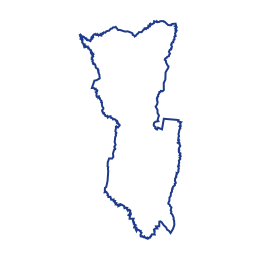 the district of Khlong Hat, Sa Kaeo, Thailand, rotated 4°
{"feature_id": "78962969B65728256000348", "entity_name": "Khlong Hat", "entity_type": "district", "adm_level": 2, "iso_a3": "THA", "parent_name": "Thailand", "parent_adm1": "Sa Kaeo", "projection": "natural_earth1", "projection_center": [102.263, 13.466], "detail": "fine", "context": "isolated", "style": "outline", "palette": "blue", "viewbox_px": 256, "rotation_deg": 4, "n_neighbors": 0, "source": "geoboundaries", "source_scale": "gbopen_adm2", "svg_char_len": 5789}
<svg xmlns="http://www.w3.org/2000/svg" viewBox="0 0 256 256"><g transform="rotate(4 128 128)"><path d="M168.2,20.6L164.9,21.1L164.0,21.7L164.1,22.4L162.9,22.6L160.7,22.4L157.0,19.3L156.4,19.5L155.6,18.9L152.6,19.2L151.9,19.9L150.2,20.3L149.4,19.6L149.2,20.3L146.6,19.7L146.6,21.5L144.2,23.2L143.0,22.3L142.6,22.7L142.8,25.1L142.1,25.4L141.2,24.7L140.8,27.0L139.2,27.0L139.0,28.0L137.6,27.5L137.4,28.5L136.8,28.6L134.9,31.4L132.1,31.7L131.3,33.2L130.1,34.0L129.6,35.2L128.3,36.2L127.9,35.4L126.2,34.8L125.9,33.4L125.3,32.9L121.0,31.6L118.3,32.0L112.9,30.7L111.3,31.0L108.8,28.1L108.5,28.5L106.2,28.6L105.1,29.9L103.8,30.2L102.4,32.2L99.7,33.0L98.7,34.5L97.2,34.3L96.7,35.3L96.2,35.2L96.3,35.8L95.4,36.0L95.2,37.0L94.7,36.7L94.8,37.1L94.3,37.1L94.4,37.5L92.7,37.1L92.4,37.5L92.2,36.9L91.2,37.3L90.6,36.5L89.9,37.4L88.6,37.1L88.5,36.6L87.2,37.3L86.5,38.5L86.7,39.1L86.2,39.3L86.6,39.9L86.2,40.0L86.5,40.3L85.8,40.7L85.9,41.2L85.2,41.1L85.3,41.9L84.7,42.3L84.8,43.4L84.3,44.0L83.3,43.3L81.8,43.3L81.6,42.8L80.8,43.0L80.6,42.2L79.7,42.0L79.8,41.4L78.7,41.2L77.8,40.3L76.0,40.8L76.2,40.0L75.6,40.1L74.9,39.5L75.0,39.0L74.0,38.1L73.5,38.6L74.0,39.1L73.9,39.8L74.6,40.2L74.5,42.3L75.1,42.2L75.5,43.0L76.0,42.3L76.6,42.9L76.3,45.9L77.6,47.0L77.7,47.7L78.6,47.7L78.2,48.2L78.5,49.4L79.0,48.6L80.1,49.2L79.9,50.3L82.2,49.6L82.7,51.1L83.2,50.8L84.3,52.6L85.5,52.9L85.9,53.9L85.5,54.7L85.8,55.5L86.3,55.2L86.4,56.1L87.0,55.9L87.1,56.6L87.7,56.5L87.3,57.3L88.1,57.4L87.7,58.1L88.1,58.7L87.8,58.8L87.9,59.4L87.2,59.9L87.6,60.2L86.9,61.7L88.2,62.8L87.8,64.2L89.1,65.6L88.6,66.3L89.0,66.7L90.6,66.8L91.4,68.5L91.4,69.5L92.3,70.6L93.7,71.0L94.0,72.5L94.5,72.6L94.3,73.5L94.9,74.4L94.6,75.0L95.7,76.8L96.3,80.5L93.2,82.6L91.2,83.1L89.2,90.6L90.9,90.4L91.9,91.1L92.8,91.1L92.5,91.8L94.3,92.4L94.2,93.1L94.7,93.1L94.6,93.7L93.4,94.5L94.3,95.5L94.2,97.8L94.7,99.0L96.1,98.6L96.3,99.8L96.8,99.3L96.8,99.9L97.8,100.1L98.1,101.4L99.8,103.1L99.4,104.1L100.3,104.6L100.2,105.9L100.9,108.5L101.9,109.5L102.1,110.6L100.9,112.1L101.2,113.3L101.5,113.3L102.2,115.0L103.0,114.9L102.9,115.6L104.3,116.4L104.5,117.5L105.8,117.8L106.6,117.4L107.1,118.9L108.2,117.9L109.8,117.5L110.0,118.9L111.9,119.4L112.4,120.5L114.1,120.1L115.5,121.1L115.5,121.6L116.2,121.8L116.5,122.7L116.9,122.2L117.6,123.7L117.1,124.2L119.2,125.1L119.5,126.0L117.9,128.2L116.3,127.1L115.8,127.5L116.0,128.9L115.6,132.1L116.8,133.8L116.1,134.7L116.6,136.4L115.9,137.7L115.7,143.1L116.8,145.6L115.6,147.8L116.8,149.6L116.7,150.1L115.7,150.5L114.8,154.5L115.4,157.8L114.2,159.6L111.3,159.7L110.2,163.6L110.3,167.8L111.0,168.3L110.8,170.4L111.3,172.3L111.3,182.2L110.4,188.3L109.2,189.4L109.2,191.7L109.6,192.2L109.2,193.7L110.9,193.4L112.6,195.4L112.2,196.5L113.2,197.2L113.3,198.2L115.3,197.9L116.2,200.7L117.4,200.5L118.2,201.0L118.6,200.6L118.8,202.0L120.1,201.8L119.8,202.8L120.2,203.6L121.6,203.7L121.2,205.1L121.9,205.0L122.9,205.7L123.6,205.3L123.8,206.3L124.3,205.7L124.7,206.1L125.4,205.4L125.1,204.7L125.8,204.5L126.3,205.3L127.0,204.9L129.5,206.1L130.1,208.2L131.4,207.5L132.6,207.7L132.2,208.4L133.7,210.5L134.4,209.5L135.1,209.5L135.1,210.1L136.1,210.4L135.9,212.4L136.5,212.5L136.9,213.5L136.7,214.2L135.3,214.0L134.6,214.9L136.1,215.6L135.9,218.4L139.9,218.1L139.3,220.0L140.0,221.8L140.4,221.4L140.8,222.1L140.5,223.3L142.4,224.4L141.4,225.3L141.1,226.8L143.3,226.7L143.7,227.5L142.8,228.6L143.6,230.0L143.8,229.3L144.7,228.8L145.8,228.9L147.1,230.0L147.8,229.8L147.9,230.9L148.8,231.5L147.9,233.7L148.2,235.1L148.7,235.4L149.7,234.9L150.8,235.8L151.7,235.0L152.2,236.0L152.9,235.9L153.7,236.6L154.5,236.2L154.6,236.8L155.3,237.1L156.2,236.7L156.3,236.1L157.8,235.7L157.8,234.8L158.6,234.3L158.5,233.8L159.3,232.4L162.0,232.4L161.7,231.7L161.8,229.0L161.3,228.9L161.0,227.5L162.3,226.4L164.2,226.2L162.9,224.2L166.0,223.9L165.8,219.2L166.9,218.9L168.1,219.6L170.3,222.4L173.0,224.6L174.0,226.6L176.2,227.8L177.8,229.8L180.0,225.4L181.0,221.4L180.4,216.8L179.8,216.0L179.8,214.3L178.2,211.2L176.8,210.0L177.1,208.4L176.3,207.1L176.9,204.2L175.6,203.1L175.1,201.8L173.5,200.7L173.5,199.9L174.4,197.5L174.2,194.5L175.3,192.9L175.4,189.5L176.3,188.5L176.1,186.7L176.8,185.6L176.4,185.2L177.2,183.3L178.8,181.8L178.5,180.4L179.4,179.8L179.4,178.9L178.6,177.9L178.5,175.1L179.2,174.2L179.2,173.1L179.6,173.1L179.5,171.0L180.0,170.6L179.7,169.4L180.4,169.5L181.1,168.7L181.4,167.4L181.1,166.1L181.6,164.8L180.6,162.8L181.5,162.2L181.0,161.6L181.5,158.9L181.0,157.0L182.3,155.3L182.2,154.6L181.5,154.0L182.5,152.7L182.2,151.5L181.4,151.5L182.0,149.6L180.6,148.8L180.3,147.8L180.7,147.1L180.1,146.2L180.5,145.4L180.2,144.6L181.4,142.2L180.7,141.1L180.4,139.6L179.6,139.8L178.7,139.3L179.7,138.2L178.9,136.8L179.7,136.3L179.0,135.6L179.0,133.7L179.5,132.6L178.8,130.8L179.5,125.7L180.3,124.7L179.8,123.7L180.3,122.8L179.4,122.6L180.2,121.3L179.7,119.8L180.6,118.5L177.6,118.0L177.9,116.7L176.2,116.5L163.1,116.3L162.0,127.0L157.9,125.5L157.1,127.5L156.3,127.2L155.2,126.4L155.5,125.3L153.7,124.0L153.4,123.2L153.7,121.0L155.0,119.8L157.8,119.1L157.0,117.8L158.0,113.3L156.4,111.0L156.2,108.0L154.1,104.8L155.3,102.6L155.8,99.9L155.1,98.9L155.2,97.0L154.7,96.7L155.2,94.9L155.9,94.5L155.7,92.8L156.7,91.5L156.7,90.0L157.9,89.7L158.2,88.7L159.9,88.9L161.1,87.7L160.5,80.7L161.9,77.1L161.6,69.8L164.0,65.1L164.1,63.6L163.2,63.0L161.3,59.8L161.2,58.3L159.9,57.4L160.3,56.0L161.7,55.3L162.1,54.3L163.8,53.5L164.0,52.0L164.7,51.0L163.5,49.2L164.2,47.2L165.6,46.6L165.8,45.8L165.4,45.6L166.2,43.8L165.2,42.1L165.7,41.3L165.5,40.7L166.7,38.9L167.2,39.1L167.4,36.8L168.2,36.4L167.9,33.7L168.5,33.3L168.5,32.9L169.1,32.8L168.3,30.3L169.3,28.5L168.7,28.1L168.6,27.5L169.0,27.4L168.7,26.6L169.3,26.6L168.5,25.5L168.9,25.3L168.5,24.0L168.9,23.8L167.9,23.2L168.6,22.9L168.6,22.4L168.9,22.6L168.2,20.6Z" fill="none" stroke="#1e3a8a" stroke-width="2"/></g></svg>